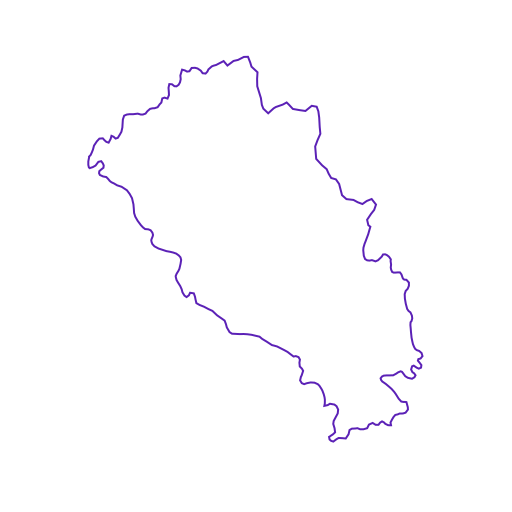 Klichaw, Mogilev, Belarus (Natural Earth projection), rotated 77°
{"feature_id": "67162791B97539600295477", "entity_name": "Klichaw", "entity_type": "district", "adm_level": 2, "iso_a3": "BLR", "parent_name": "Belarus", "parent_adm1": "Mogilev", "projection": "natural_earth1", "projection_center": [29.42, 53.506], "detail": "fine", "context": "isolated", "style": "outline", "palette": "violet", "viewbox_px": 512, "rotation_deg": 77, "n_neighbors": 0, "source": "geoboundaries", "source_scale": "gbopen_adm2", "svg_char_len": 4896}
<svg xmlns="http://www.w3.org/2000/svg" viewBox="0 0 512 512"><g transform="rotate(77 256 256)"><path d="M451.3,162.5L451.2,162.5L448.5,162.4L446.0,160.3L443.8,158.2L442.2,156.0L442.2,153.5L441.8,151.5L442.5,148.3L442.3,145.5L439.8,142.5L437.5,142.1L435.2,142.2L432.2,142.3L431.7,143.6L431.3,145.3L430.5,147.2L427.1,149.1L421.9,150.9L419.5,151.9L416.0,153.8L413.2,155.8L410.0,158.2L408.1,159.9L406.7,161.2L404.9,162.0L403.2,162.1L401.8,160.4L401.3,158.5L401.8,155.1L402.4,152.6L403.1,149.2L402.2,145.9L401.3,143.6L400.9,141.0L401.7,139.8L403.7,138.9L406.7,137.6L408.8,135.5L409.7,133.7L410.7,131.6L409.8,128.9L408.1,127.4L405.9,128.3L404.4,129.7L401.5,130.4L398.6,128.7L398.3,127.0L401.0,124.5L402.4,122.7L401.9,120.3L399.5,119.4L397.0,120.5L394.4,121.8L393.0,121.0L392.9,118.7L391.0,116.3L387.8,116.5L385.2,118.4L383.9,120.5L382.3,121.8L380.2,122.4L377.2,122.9L374.5,122.9L370.6,122.8L365.0,122.1L361.7,121.6L358.0,121.1L355.3,120.3L354.5,119.2L352.0,117.8L349.2,117.5L345.7,118.2L343.9,119.7L341.6,120.6L336.2,120.8L331.0,120.5L326.6,119.7L323.7,118.0L322.1,115.6L319.4,113.7L316.3,113.0L313.0,114.8L312.6,116.3L311.9,117.4L310.5,118.0L306.7,118.4L304.4,119.4L303.8,122.0L303.5,124.1L303.2,125.5L302.2,126.9L299.7,127.4L297.6,127.3L294.7,126.3L291.2,126.0L289.6,125.4L286.6,126.6L284.5,128.3L283.4,129.8L283.1,131.9L284.9,133.6L286.3,135.9L287.6,138.1L288.1,140.8L287.0,142.5L286.1,144.0L286.0,146.5L285.2,148.7L283.5,150.4L280.0,150.9L274.5,150.2L272.0,149.4L268.6,147.5L266.0,145.7L263.7,144.2L260.1,141.8L255.9,139.5L253.2,138.0L251.3,139.6L245.7,139.6L240.9,134.5L237.7,130.5L232.9,127.5L226.5,130.5L227.3,135.7L229.3,140.6L226.5,144.8L223.3,148.4L220.9,155.1L216.1,158.5L204.5,158.8L199.3,160.9L196.9,165.2L192.1,166.7L187.3,167.6L182.5,171.2L174.9,175.5L162.6,173.7L157.0,170.0L151.4,165.8L144.6,164.9L135.4,163.3L129.0,162.7L124.2,163.3L122.2,167.9L125.8,175.2L123.8,180.4L121.0,187.0L116.1,189.8L113.3,191.6L114.5,195.9L115.3,203.2L116.1,205.6L119.7,212.0L114.1,215.7L110.1,216.3L103.3,215.7L90.9,216.6L83.7,215.1L77.3,213.2L70.5,217.8L66.1,218.1L60.1,219.0L59.3,223.0L60.9,229.4L60.9,234.0L64.0,241.0L58.8,243.7L60.9,251.9L61.0,254.5L61.3,256.4L63.5,260.4L65.4,261.9L66.9,264.1L65.9,266.9L63.0,268.1L60.1,270.8L58.9,273.1L58.3,276.4L61.0,279.3L60.8,281.7L59.2,283.5L57.8,286.1L63.1,289.1L66.8,289.6L69.7,291.0L71.8,292.9L72.8,295.3L72.2,297.3L69.8,299.2L69.0,301.8L72.4,303.4L76.9,304.1L79.6,304.6L82.7,306.8L81.1,309.5L81.4,311.9L85.2,313.7L86.5,315.7L88.9,318.4L89.2,321.6L88.8,323.7L88.8,326.1L90.5,329.3L92.4,331.6L92.7,334.4L92.2,336.5L90.7,339.2L90.2,343.8L89.4,347.1L89.1,350.0L89.6,352.9L93.0,355.0L97.0,356.2L100.7,357.3L104.7,359.2L107.2,361.5L109.8,364.1L110.0,366.4L107.8,367.9L106.4,369.8L109.2,371.3L112.4,374.1L111.1,376.2L108.9,377.7L106.9,378.8L106.4,382.2L108.5,385.3L112.0,389.0L115.6,390.9L118.2,392.7L120.5,394.5L121.6,396.3L122.0,396.3L126.1,398.1L129.5,398.9L133.0,398.9L133.0,399.0L132.7,395.1L131.8,392.0L128.8,388.4L128.8,385.5L131.3,384.4L133.5,384.0L135.7,384.8L136.9,387.4L138.1,389.6L140.0,390.3L141.9,389.9L144.1,387.1L145.4,384.1L147.7,382.7L150.0,381.6L151.6,380.3L153.4,378.0L155.9,375.4L158.3,371.4L162.9,367.0L167.2,365.1L171.8,363.8L178.1,363.8L182.3,364.4L186.7,365.1L190.5,364.8L195.1,363.4L200.1,361.2L202.7,359.7L204.8,358.0L205.8,354.9L207.2,352.9L209.9,351.7L212.3,351.6L213.7,352.3L216.1,354.0L217.0,354.5L218.7,354.6L221.0,354.3L223.7,352.8L226.8,349.3L228.6,346.3L231.1,342.2L232.6,338.7L234.0,335.9L235.7,333.2L238.1,331.1L240.3,329.9L243.0,329.8L246.7,331.3L251.2,333.5L253.1,335.0L255.4,337.3L257.5,338.8L259.0,338.9L261.6,338.8L264.5,337.9L268.2,336.6L271.7,335.9L274.9,335.8L278.5,334.6L280.4,332.9L279.2,330.2L277.0,328.5L278.4,325.0L281.9,324.6L284.7,324.7L288.5,324.7L291.0,322.0L293.7,318.1L297.0,314.3L299.7,310.8L305.0,307.3L309.4,303.3L311.9,301.1L315.6,300.6L319.0,300.5L324.2,298.9L326.3,296.9L327.3,293.4L328.5,289.2L329.2,285.7L330.3,282.0L331.8,278.0L333.7,274.2L335.4,270.7L338.1,268.7L341.9,264.8L346.4,260.5L347.3,258.7L348.9,255.8L351.4,252.8L354.1,249.6L356.6,246.8L359.2,244.7L362.4,242.0L362.5,239.7L364.1,237.3L366.8,236.5L369.7,237.7L373.5,238.2L376.1,236.6L378.5,235.9L382.8,238.5L383.8,239.4L387.1,241.0L390.2,240.0L391.7,237.9L391.4,235.4L391.4,234.0L391.5,231.2L392.6,227.5L394.8,224.6L396.7,223.4L400.0,222.2L402.1,221.6L405.9,221.1L409.0,221.0L411.4,221.2L415.1,222.1L417.4,223.1L417.4,219.6L416.6,217.2L418.4,213.0L420.5,211.3L424.1,210.5L427.8,211.8L431.1,214.7L434.2,217.4L437.0,218.5L441.5,218.2L445.6,218.6L447.0,221.0L448.7,225.5L451.3,225.6L453.0,224.4L454.2,222.4L452.6,218.8L451.9,216.4L453.0,212.6L454.0,209.6L450.5,205.9L446.6,204.0L445.8,201.4L446.4,198.2L446.6,195.9L448.2,193.6L449.0,190.3L448.8,186.4L445.7,183.9L444.9,179.9L447.4,177.4L448.0,174.6L446.3,172.6L445.5,170.4L447.1,168.6L448.6,167.8L450.6,165.3L451.2,163.0L451.3,162.5Z" fill="none" stroke="#5b21b6" stroke-width="2"/></g></svg>